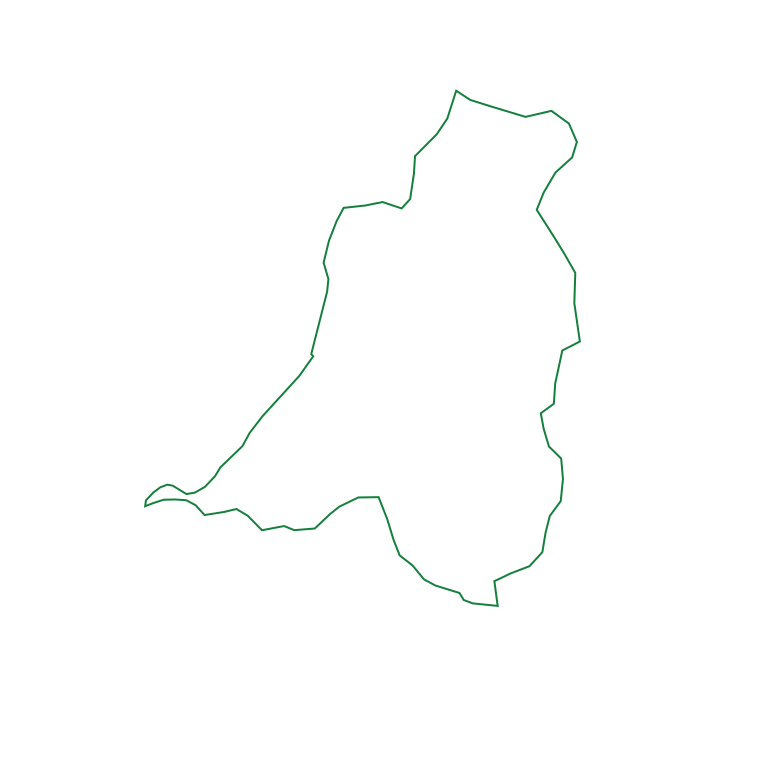 Boseong-gun, South Jeolla, South Korea, rotated 159°
{"feature_id": "91817680B27152027053647", "entity_name": "Boseong-gun", "entity_type": "district", "adm_level": 2, "iso_a3": "KOR", "parent_name": "South Korea", "parent_adm1": "South Jeolla", "projection": "orthographic", "projection_center": [127.199, 34.814], "detail": "fine", "context": "isolated", "style": "outline", "palette": "green", "viewbox_px": 768, "rotation_deg": 159, "n_neighbors": 0, "source": "geoboundaries", "source_scale": "gbopen_adm2", "svg_char_len": 1258}
<svg xmlns="http://www.w3.org/2000/svg" viewBox="0 0 768 768"><g transform="rotate(159 384 384)"><path d="M185.9,353.5L177.4,391.1L165.6,419.2L169.1,441.9L172.7,461.0L179.0,491.9L166.3,505.5L148.1,520.0L127.2,528.1L117.2,540.8L118.0,560.8L129.8,579.0L156.2,582.7L184.3,604.5L201.6,618.2L211.5,631.9L229.8,609.1L245.2,598.3L273.4,585.6L280.5,570.0L293.3,547.3L304.6,541.6L320.2,554.4L337.3,557.3L358.6,562.9L369.9,553.0L384.1,537.4L396.9,518.9L398.3,501.9L404.0,490.6L441.2,438.0L440.2,435.2L460.2,421.9L508.9,397.5L526.8,386.6L538.5,376.7L555.8,369.4L566.6,364.8L574.8,358.5L588.1,352.1L599.7,350.4L607.9,352.1L617.7,364.8L622.4,367.7L629.9,367.7L638.1,365.4L647.9,360.7L650.8,355.5L641.5,355.5L631.1,354.9L620.0,350.9L610.2,346.3L603.2,338.2L598.5,326.0L579.4,321.9L566.6,320.2L558.4,309.8L550.3,291.2L528.2,287.2L520.1,279.7L500.4,273.9L480.7,282.0L469.6,285.5L448.7,287.3L429.6,280.3L429.4,256.6L430.9,235.4L430.8,218.4L422.3,204.2L416.7,187.3L408.2,177.4L388.4,161.8L387.0,153.8L379.8,147.4L357.4,136.1L351.6,160.4L333.2,161.8L313.4,161.8L296.4,170.3L286.5,187.2L276.5,201.4L261.0,211.3L251.0,231.1L245.3,250.9L252.4,266.5L251.0,284.9L248.1,300.5L232.5,304.7L224.0,323.1L205.5,351.4L185.9,353.5Z" fill="none" stroke="#15803d" stroke-width="2"/></g></svg>